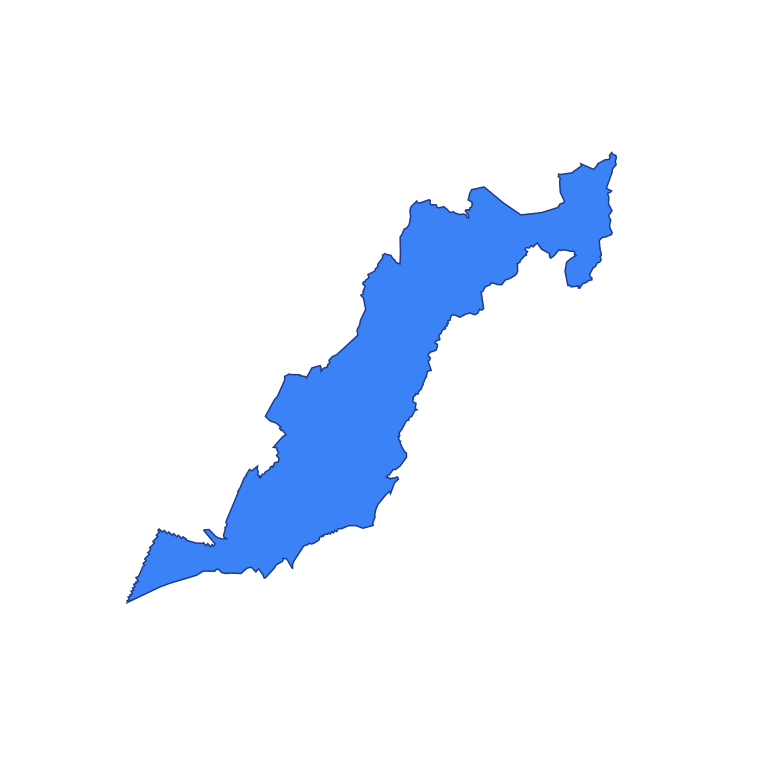 outline of Tlatlauquitepec, Puebla, Mexico, rotated 24°
{"feature_id": "50627088B68450400928549", "entity_name": "Tlatlauquitepec", "entity_type": "district", "adm_level": 2, "iso_a3": "MEX", "parent_name": "Mexico", "parent_adm1": "Puebla", "projection": "mercator", "projection_center": [-97.491, 19.839], "detail": "fine", "context": "isolated", "style": "filled", "palette": "blue", "viewbox_px": 768, "rotation_deg": 24, "n_neighbors": 0, "source": "geoboundaries", "source_scale": "gbopen_adm2", "svg_char_len": 6156}
<svg xmlns="http://www.w3.org/2000/svg" viewBox="0 0 768 768"><g transform="rotate(24 384 384)"><path d="M424.6,394.1L422.5,393.8L421.1,388.7L417.5,388.4L416.8,386.9L417.2,385.9L415.9,384.7L417.2,381.4L416.7,380.0L418.9,379.6L419.3,378.8L418.7,377.1L420.2,372.7L419.6,371.1L420.1,368.7L419.3,367.7L419.7,365.0L419.2,363.0L419.8,360.6L418.6,355.2L421.1,352.2L422.1,353.0L415.0,345.1L416.0,343.6L415.6,341.2L413.4,340.5L412.3,339.2L413.3,336.2L417.7,332.1L417.6,328.2L416.6,326.0L414.3,326.1L413.8,325.3L414.3,323.1L416.4,321.4L416.8,320.2L414.2,317.5L415.4,314.6L415.5,310.3L417.1,309.2L417.5,307.9L416.6,307.7L416.6,306.8L418.0,305.2L416.9,303.8L417.8,303.3L418.0,302.2L416.5,300.5L418.4,298.9L417.7,296.3L417.7,293.8L420.1,292.2L426.2,292.1L430.4,286.8L433.6,284.2L438.8,283.8L440.9,281.1L440.9,276.8L443.0,276.9L443.8,276.0L444.3,274.4L435.4,260.6L436.6,259.3L436.8,254.4L440.7,250.0L440.7,248.5L442.6,247.3L446.5,247.2L451.1,245.5L452.6,239.6L456.1,236.4L459.4,231.8L460.3,229.2L460.2,226.6L457.4,220.7L456.6,220.2L458.7,217.4L458.3,216.1L460.0,210.4L461.7,208.3L460.8,206.9L461.3,204.7L457.9,203.8L458.4,201.6L461.3,200.7L462.1,197.8L464.4,198.1L466.6,192.8L473.1,196.8L482.2,197.5L483.3,200.2L485.2,201.2L487.3,197.3L489.3,190.0L490.7,190.2L494.9,187.9L501.1,186.7L503.2,185.6L504.9,186.3L505.2,188.3L507.2,188.6L503.6,193.5L501.3,198.5L503.5,207.3L512.0,219.3L513.1,218.4L515.6,219.1L521.9,215.3L522.4,217.2L523.9,216.9L524.3,212.9L525.2,210.8L526.9,209.8L529.0,206.2L531.5,204.3L530.9,202.6L528.6,202.1L527.3,200.3L527.8,192.9L529.3,190.8L529.6,186.6L531.5,184.9L531.9,182.3L529.6,179.8L530.2,178.3L529.7,177.0L526.3,172.5L522.3,165.5L523.6,161.5L526.9,159.3L531.1,154.8L530.8,152.8L526.7,149.4L525.4,146.9L524.5,142.2L520.7,139.0L521.8,133.0L515.7,128.0L513.5,122.0L511.2,119.5L511.0,118.5L512.8,116.8L513.4,115.1L508.2,114.9L507.4,113.5L506.3,98.4L505.3,94.4L506.9,89.3L504.7,86.5L504.2,82.6L502.7,80.9L500.1,81.3L497.9,79.9L497.0,83.7L498.6,85.3L498.1,87.4L494.7,89.3L489.7,95.9L489.6,98.8L488.2,102.7L474.2,102.8L475.7,104.4L469.7,114.7L460.4,120.6L458.2,121.3L458.9,123.7L461.2,124.3L462.2,127.8L467.1,137.2L474.7,143.8L474.0,145.8L471.5,148.1L471.0,152.1L458.1,163.5L440.2,173.9L418.8,169.9L395.3,163.3L385.0,170.8L384.8,174.9L386.0,181.6L389.6,181.9L391.4,183.2L391.2,184.3L391.9,184.8L391.8,187.2L390.8,188.0L391.4,190.9L390.0,190.6L388.1,191.6L387.8,192.7L392.0,195.2L393.3,196.7L393.5,198.0L391.6,197.8L390.3,196.3L387.7,196.2L384.7,198.2L379.7,199.0L377.2,198.4L375.9,199.8L373.8,200.4L371.0,198.9L366.5,197.7L362.1,201.0L360.7,200.9L358.7,199.1L353.9,201.2L352.6,200.2L351.7,197.6L350.3,197.3L342.9,204.2L341.5,204.7L340.0,204.4L339.5,203.6L336.8,210.6L336.7,212.4L337.2,215.1L340.3,220.4L342.2,228.3L341.3,232.1L339.4,234.3L339.6,239.8L339.0,243.3L345.9,258.0L349.8,267.8L345.4,268.1L344.0,266.7L340.5,265.5L338.0,263.7L333.2,264.7L331.7,264.5L330.3,266.9L331.5,269.3L329.6,277.1L330.6,279.2L329.4,282.1L329.5,284.9L324.8,290.5L327.0,293.0L325.0,296.6L324.9,298.8L324.1,298.8L323.5,299.9L324.4,301.5L327.0,302.2L327.2,307.3L327.3,308.3L328.0,308.4L328.2,310.5L326.9,311.8L326.9,312.5L330.2,313.8L336.9,323.2L336.6,335.2L337.8,340.6L337.3,343.9L337.7,346.3L340.3,350.0L328.8,376.7L325.7,379.9L324.2,384.3L324.3,385.3L326.1,386.7L324.7,388.9L325.2,391.6L322.2,394.4L321.4,398.0L319.5,394.3L318.2,393.2L311.6,398.6L310.7,410.1L309.1,409.2L305.6,410.2L304.4,409.9L304.4,410.4L302.6,410.1L294.5,413.5L293.4,413.4L290.1,417.5L291.6,420.6L291.7,422.3L291.7,438.6L290.3,443.0L288.8,461.8L295.1,464.1L301.3,463.5L307.2,465.3L306.5,466.9L309.3,468.3L309.9,467.4L315.1,470.3L312.9,473.2L308.7,486.8L312.1,486.0L313.2,488.0L315.3,489.3L315.6,489.9L314.9,493.2L318.3,494.5L319.2,498.5L316.5,499.8L316.0,501.7L316.4,504.0L315.7,504.3L316.0,505.0L314.9,504.9L313.9,506.2L314.4,508.3L311.3,513.0L311.0,515.2L309.5,516.0L309.6,517.5L309.0,518.2L309.4,520.0L308.0,520.2L308.0,518.5L306.0,518.7L304.5,514.9L303.0,513.9L301.9,510.5L298.4,517.3L296.0,516.7L295.7,518.1L295.0,523.5L295.6,523.9L294.5,526.5L294.8,536.8L294.2,541.7L294.9,541.8L295.6,573.5L296.1,575.1L297.7,575.9L297.9,578.2L297.1,580.0L298.2,581.6L298.9,587.4L300.2,589.2L303.0,589.3L300.0,591.2L295.2,592.0L291.8,591.6L283.4,588.1L279.4,590.2L278.9,590.9L279.9,591.6L294.7,598.8L294.2,601.4L292.3,600.6L291.6,603.3L287.9,601.5L287.3,604.1L283.5,602.4L283.3,603.3L277.1,605.7L266.9,607.2L266.4,606.0L262.4,605.4L261.8,607.5L257.7,605.8L256.9,607.9L252.8,606.2L251.9,608.4L247.7,606.7L246.9,608.7L242.8,607.2L241.9,609.3L237.6,607.9L236.9,609.6L239.0,610.5L237.5,614.7L239.4,615.5L236.9,621.9L239.0,622.7L236.5,629.0L237.8,629.5L237.9,632.0L236.8,634.1L238.9,635.0L236.5,641.1L238.6,642.0L236.9,646.1L239.0,646.9L238.0,649.0L238.1,659.7L236.1,661.7L239.8,664.0L237.8,666.1L238.8,666.9L236.8,668.8L239.0,670.6L237.2,672.6L239.2,674.3L237.2,676.2L239.5,677.9L237.7,680.0L238.8,680.8L236.9,682.7L239.2,684.4L237.4,686.4L238.3,687.0L238.3,688.1L261.8,660.6L268.9,653.6L290.6,634.9L295.0,628.4L305.5,623.9L306.3,621.5L307.5,620.8L309.6,621.0L312.2,622.3L316.7,621.4L320.7,619.1L330.4,615.3L333.8,607.9L337.4,605.3L343.4,607.8L344.4,604.2L345.2,604.1L351.5,607.9L353.3,609.9L354.4,609.6L358.7,596.8L359.2,592.9L363.2,587.6L363.5,585.2L362.7,584.2L366.3,583.4L375.8,590.1L374.1,586.7L373.6,583.1L376.4,565.2L377.2,563.8L379.6,562.0L380.2,560.2L383.0,559.6L385.5,557.0L388.2,552.6L387.4,550.2L388.2,549.0L389.1,549.0L389.2,547.6L390.5,547.8L390.8,545.7L393.7,544.0L393.8,542.7L396.0,542.9L396.3,540.2L398.4,540.5L398.7,537.8L400.8,538.0L401.1,534.8L404.1,533.4L409.4,527.7L416.1,524.8L423.5,524.3L431.7,517.5L430.3,515.8L429.9,509.1L428.7,507.3L427.6,502.3L427.4,496.6L430.9,483.8L432.7,480.3L433.3,480.2L434.5,481.5L433.8,469.8L435.9,465.1L434.6,463.7L433.3,463.7L432.2,465.7L430.2,466.3L428.2,468.2L426.5,467.5L424.8,468.4L423.9,468.0L424.6,467.3L424.5,465.7L425.8,465.0L427.1,458.5L429.3,457.5L432.2,452.0L434.4,441.7L432.4,437.8L430.9,437.7L426.6,434.8L422.5,431.0L422.4,429.6L421.0,429.5L418.6,426.5L419.3,426.5L419.4,424.8L417.7,422.7L418.8,417.8L419.4,408.4L421.4,406.7L420.7,405.4L421.2,403.7L422.6,402.4L422.9,395.8L424.6,394.1Z" fill="#3b82f6" stroke="#1e3a8a" stroke-width="1.5"/></g></svg>